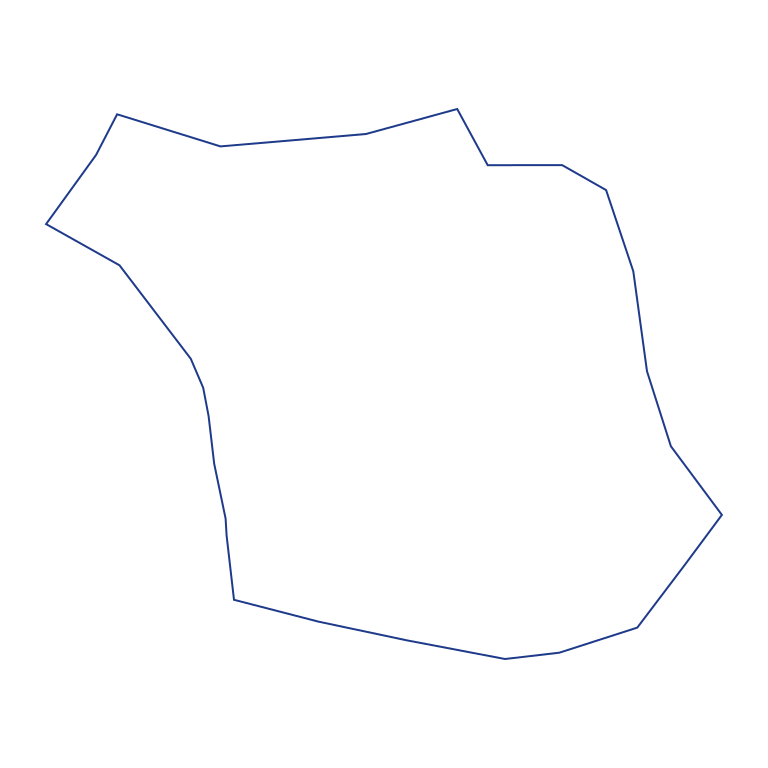 map outline of Ligatnes (Albers equal-area conic projection)
{"feature_id": "LVA-5789", "entity_name": "Ligatnes", "entity_type": "Municipality", "adm_level": 1, "iso_a3": "LVA", "parent_name": "Latvia", "parent_adm1": "", "projection": "albers", "projection_center": [25.054, 57.179], "detail": "fine", "context": "isolated", "style": "outline", "palette": "blue", "viewbox_px": 768, "rotation_deg": 0, "n_neighbors": 0, "source": "natural_earth", "source_scale": "10m", "svg_char_len": 461}
<svg xmlns="http://www.w3.org/2000/svg" viewBox="0 0 768 768"><path d="M220.4,146.4L365.9,134.0L457.2,109.0L487.7,165.2L562.1,165.1L606.1,190.1L633.3,271.3L647.0,371.3L670.9,446.3L721.9,514.9L684.7,565.0L637.3,627.6L559.3,652.7L505.0,659.0L406.6,640.3L318.3,621.6L234.0,599.8L226.6,535.6L225.6,518.6L214.2,463.8L208.6,416.1L203.2,387.8L190.8,358.8L119.5,265.3L46.1,224.1L96.1,154.9L117.1,114.3L220.4,146.4Z" fill="none" stroke="#1e3a8a" stroke-width="2"/></svg>